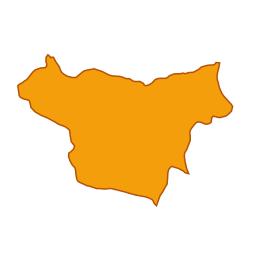 Sri Aman, Sarawak, Malaysia, rotated 175°
{"feature_id": "92858781B67044495158935", "entity_name": "Sri Aman", "entity_type": "district", "adm_level": 2, "iso_a3": "MYS", "parent_name": "Malaysia", "parent_adm1": "Sarawak", "projection": "mercator", "projection_center": [111.279, 1.22], "detail": "fine", "context": "isolated", "style": "filled", "palette": "amber", "viewbox_px": 256, "rotation_deg": 175, "n_neighbors": 0, "source": "geoboundaries", "source_scale": "gbopen_adm2", "svg_char_len": 2412}
<svg xmlns="http://www.w3.org/2000/svg" viewBox="0 0 256 256"><g transform="rotate(175 128 128)"><path d="M31.0,184.9L34.6,185.5L35.9,184.0L37.8,183.3L39.6,183.5L42.8,183.6L44.6,183.3L47.7,182.8L50.1,182.1L51.6,180.8L53.4,179.8L56.3,178.5L59.1,177.7L61.3,178.0L63.8,177.7L66.1,177.1L68.7,177.9L70.7,177.5L74.3,177.7L77.2,177.9L82.3,176.4L84.4,174.8L86.5,174.2L90.4,174.6L93.4,174.7L96.5,174.0L98.9,171.9L100.0,170.8L103.3,169.2L106.2,168.6L108.0,169.1L108.7,171.0L112.2,173.4L115.5,173.5L118.5,174.1L119.8,175.0L121.0,176.1L122.5,177.0L124.4,177.2L126.1,177.5L127.3,178.3L129.5,179.3L131.7,180.1L137.6,181.0L140.7,181.8L142.9,182.8L148.4,186.3L152.0,187.9L156.6,189.9L160.0,189.6L164.1,189.2L166.9,188.6L169.2,187.2L173.1,184.5L175.5,182.8L179.2,183.2L184.0,184.9L186.6,186.7L189.2,189.0L190.4,192.1L191.2,195.2L194.1,200.2L195.2,202.8L196.1,204.9L197.7,205.2L198.7,204.7L199.2,205.4L200.3,206.9L201.4,207.9L203.4,205.7L204.0,201.1L203.3,199.1L203.8,196.4L205.5,195.3L209.8,195.4L215.5,193.9L218.1,191.9L221.4,188.3L224.3,185.3L227.4,183.6L229.9,182.0L232.9,180.8L233.8,179.9L234.1,179.7L233.6,170.0L232.7,168.1L229.8,166.2L224.2,164.2L223.4,161.6L222.9,156.9L219.3,152.3L213.8,148.4L208.1,145.5L199.6,139.9L197.0,137.9L190.2,134.6L186.5,131.1L186.4,129.9L186.2,124.7L185.7,119.3L183.9,116.5L182.7,114.6L184.3,111.5L187.2,109.2L189.1,108.2L189.3,107.4L189.7,104.7L188.6,100.2L186.7,95.9L184.6,93.5L183.9,90.9L183.9,87.0L183.6,82.4L182.9,79.8L181.2,78.2L176.8,75.8L174.2,74.2L171.8,73.5L167.6,71.8L164.5,70.4L160.7,70.0L156.5,69.2L150.6,69.3L145.3,67.6L135.9,64.3L130.2,62.0L126.3,60.6L121.2,59.2L117.0,58.0L114.1,56.9L110.2,54.6L109.2,52.9L108.4,50.5L106.4,48.1L103.7,54.1L101.9,57.9L99.2,61.0L96.4,65.4L93.9,68.8L93.2,72.9L92.2,80.0L90.8,83.6L88.0,86.0L82.0,83.6L80.6,82.9L79.1,81.9L76.9,80.6L74.9,78.4L71.5,77.2L73.1,82.5L74.1,89.3L74.3,94.2L74.1,97.1L73.1,99.2L71.7,100.9L69.8,104.6L67.2,109.9L66.7,114.1L66.8,116.5L66.8,118.4L66.0,120.5L64.2,122.8L62.2,124.9L60.8,126.4L59.2,127.6L56.8,128.0L54.0,126.9L51.2,125.4L49.3,124.9L46.4,125.4L44.6,126.6L44.1,129.0L43.6,130.9L42.2,132.3L39.6,131.6L37.0,130.6L34.9,130.4L32.5,130.9L29.7,131.3L27.6,132.5L25.6,133.9L23.5,135.8L22.6,138.2L21.9,140.5L23.5,143.2L25.9,146.2L29.9,151.6L31.6,154.5L32.5,157.3L33.4,160.2L33.9,163.0L34.2,165.6L34.8,168.1L34.9,170.5L34.6,173.1L33.7,176.2L32.2,180.4L31.0,184.9Z" fill="#f59e0b" stroke="#b45309" stroke-width="1.5"/></g></svg>